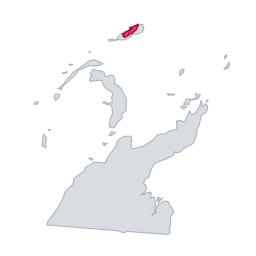 location of Central Bougainville District, North Solomons, Papua New Guinea, rotated 275°
{"feature_id": "67681753B39357341288048", "entity_name": "Central Bougainville District", "entity_type": "district", "adm_level": 2, "iso_a3": "PNG", "parent_name": "Papua New Guinea", "parent_adm1": "North Solomons", "projection": "equal_earth", "projection_center": [155.551, -6.136], "detail": "fine", "context": "in_parent", "style": "filled", "palette": "rose", "viewbox_px": 256, "rotation_deg": 275, "n_neighbors": 0, "source": "geoboundaries", "source_scale": "gbopen_adm2", "svg_char_len": 5984}
<svg xmlns="http://www.w3.org/2000/svg" viewBox="0 0 256 256"><g transform="rotate(275 128 128)"><path d="M25.4,177.2L24.9,136.0L23.3,132.9L24.8,125.5L24.3,55.7L27.2,56.0L41.5,64.6L51.2,69.0L59.6,71.1L67.3,78.1L73.1,78.4L81.6,88.2L85.0,88.9L91.0,97.1L91.4,103.7L90.8,107.9L100.0,111.9L108.7,117.6L113.5,118.2L116.1,120.1L119.4,125.0L120.1,131.4L118.2,132.6L110.0,132.5L107.7,134.6L111.1,144.8L118.5,154.1L124.1,158.3L125.8,166.7L128.7,169.3L130.5,176.0L133.4,176.7L139.0,175.6L140.0,178.4L139.1,182.6L140.0,184.3L150.3,187.8L146.9,190.0L148.5,193.8L155.3,197.1L159.4,198.4L162.0,198.0L159.0,199.9L156.4,199.3L155.9,199.9L157.0,201.5L159.2,203.2L156.9,205.4L154.7,205.7L150.5,204.3L146.9,200.1L135.6,198.3L131.7,196.5L128.6,197.1L119.4,194.9L116.4,192.0L114.4,187.5L109.0,182.2L107.7,179.6L108.2,176.1L106.7,176.6L103.5,174.1L95.1,157.8L90.9,155.5L80.4,152.7L78.9,149.5L74.0,148.3L72.9,150.4L68.9,151.9L65.5,150.3L62.1,146.3L66.2,155.3L64.8,155.3L65.5,156.7L64.7,156.9L60.3,156.4L61.7,160.1L54.5,162.2L49.2,161.5L46.7,162.4L45.6,162.3L44.2,159.5L42.2,160.0L43.9,160.1L46.0,163.3L50.4,162.8L54.8,165.2L58.5,170.6L58.4,174.3L48.6,181.1L42.8,178.2L34.4,178.9L31.4,177.8L27.6,179.1L25.4,177.2ZM175.0,85.8L177.1,87.6L179.1,85.7L183.2,88.1L182.4,97.1L181.1,99.5L177.7,100.5L177.3,101.8L179.5,107.1L178.6,109.0L175.7,110.9L170.8,110.7L169.6,114.4L166.9,117.6L156.4,124.0L145.1,124.5L141.3,120.5L137.4,121.3L132.1,116.6L127.7,114.7L126.8,112.9L126.9,110.6L128.1,109.2L135.9,109.4L140.9,111.3L147.5,110.2L149.3,108.8L150.0,103.0L151.0,100.6L152.2,101.7L150.8,106.2L152.4,110.2L157.0,109.0L160.0,109.9L162.3,108.7L165.6,102.5L168.2,99.7L173.0,98.2L172.9,93.6L171.2,87.3L171.9,85.5L175.0,85.8ZM232.4,131.9L231.9,133.9L231.5,133.3L229.1,135.2L226.4,134.6L223.9,132.5L222.1,128.9L222.0,124.8L219.3,123.0L215.8,117.8L215.1,114.4L215.4,108.7L220.5,112.0L225.6,121.8L230.6,126.2L232.4,131.9ZM193.2,88.3L189.9,97.3L187.8,93.6L187.0,91.0L186.8,84.2L181.4,73.9L175.8,70.5L164.5,59.8L160.1,58.1L161.2,57.6L161.2,55.0L166.7,60.6L170.2,61.9L174.8,66.2L177.9,67.7L191.6,83.7L193.2,88.3ZM103.2,43.8L113.9,44.2L114.1,45.4L112.7,45.5L110.9,47.7L104.5,47.1L101.7,48.2L101.5,46.6L102.5,46.2L102.4,44.6L103.2,43.8ZM157.4,181.4L159.4,183.0L161.0,182.8L162.3,184.5L162.5,187.4L161.8,188.1L161.4,187.2L156.2,186.6L157.2,185.0L156.2,181.7L157.4,181.4ZM155.8,56.7L152.0,56.6L149.2,53.1L152.8,51.5L155.7,53.1L155.8,56.7ZM165.1,194.0L167.5,192.2L168.1,192.8L167.2,197.2L163.5,195.3L160.9,188.2L165.1,194.0ZM184.9,175.2L188.9,174.4L190.9,176.3L191.5,177.0L191.1,178.9L187.7,178.1L184.9,175.2ZM194.5,218.2L202.2,223.0L199.3,223.8L196.9,222.5L196.6,221.3L195.6,221.7L196.1,220.9L194.5,218.2ZM122.5,115.8L119.1,112.1L119.2,109.6L122.9,111.8L122.5,115.8ZM154.9,184.2L153.9,184.3L151.7,181.7L153.0,178.8L154.6,179.9L154.9,184.2ZM214.3,108.5L212.8,102.5L214.1,100.7L215.4,104.5L214.3,108.5ZM110.7,108.5L108.3,106.1L110.0,104.0L111.1,105.1L110.7,108.5ZM146.4,35.9L145.1,36.3L143.4,34.4L143.8,32.2L145.8,33.6L146.4,35.9ZM95.0,93.7L93.6,95.8L92.6,94.2L94.2,91.8L95.0,93.7ZM165.5,164.2L165.6,171.4L164.5,169.9L165.0,167.0L164.0,166.1L165.5,164.2ZM59.4,166.0L61.7,169.0L56.1,164.3L59.4,166.0ZM61.4,165.4L58.3,164.1L57.7,163.2L61.3,163.7L61.4,165.4ZM209.3,218.9L209.1,219.9L207.1,220.0L205.8,218.6L207.1,218.9L206.9,217.9L209.3,218.9ZM186.4,63.8L186.5,67.1L185.0,64.8L186.4,63.8ZM178.9,62.0L178.3,62.9L176.9,60.6L177.1,60.1L178.9,62.0ZM162.7,204.1L162.5,205.5L161.1,204.8L161.3,203.9L162.7,204.1ZM177.6,59.4L176.6,59.8L176.7,57.5L177.6,59.4ZM119.6,48.9L119.7,50.6L118.2,50.2L119.6,48.9ZM200.6,82.5L200.4,84.0L199.6,83.5L200.6,82.5Z" fill="#d9dde1" stroke="#a8b0b8" stroke-width="1"/><path d="M232.0,128.7L231.9,128.5L231.9,128.4L231.7,128.3L231.6,128.2L231.4,128.1L231.3,127.9L231.2,127.9L231.1,127.7L231.1,127.4L231.0,127.2L230.9,127.1L230.8,126.9L230.7,126.7L230.6,126.4L230.5,126.2L230.5,125.9L230.5,125.7L230.4,125.7L230.2,125.7L229.9,125.5L229.6,125.3L229.5,125.2L229.4,124.9L229.3,124.7L229.2,124.5L229.1,124.3L229.1,124.2L228.9,124.1L228.8,123.9L228.7,123.8L228.4,123.7L228.3,123.4L228.3,123.2L228.2,123.2L227.9,123.1L228.0,122.9L227.9,122.8L227.9,122.7L228.0,122.6L227.9,122.6L227.9,122.4L228.0,122.4L228.0,122.2L227.9,122.1L227.8,122.3L227.7,122.1L227.7,122.3L227.6,122.5L227.8,122.7L227.8,122.8L227.8,123.0L227.7,123.1L227.4,122.9L227.3,123.0L227.2,123.1L226.9,123.0L226.8,122.9L226.7,122.8L226.7,122.7L226.8,122.7L226.7,122.6L226.7,122.4L226.8,122.4L226.7,122.3L226.7,122.2L226.5,121.9L226.5,122.0L226.5,122.3L226.4,122.3L226.2,122.3L225.9,122.2L225.6,121.9L225.5,121.7L225.4,121.7L225.4,121.4L225.3,121.2L225.1,120.8L225.0,120.7L225.0,120.4L224.9,120.3L224.9,120.2L224.8,119.9L224.8,119.7L224.7,119.3L224.7,119.2L224.7,118.9L224.8,118.9L224.6,118.8L224.4,118.7L224.2,118.5L224.2,118.4L224.2,118.2L223.9,118.0L223.7,118.1L223.4,117.9L223.4,117.7L223.3,117.4L223.2,117.3L223.0,117.1L223.0,116.9L222.9,117.0L223.0,117.1L222.9,117.0L222.8,116.9L222.7,116.8L222.6,116.7L222.4,116.6L222.3,116.4L222.2,116.3L222.2,116.5L221.9,116.5L221.9,116.4L221.8,116.2L221.7,116.0L221.7,115.9L221.8,115.8L221.8,115.7L221.7,115.6L221.6,115.4L221.5,115.2L221.6,114.9L221.5,114.7L221.6,114.4L221.5,114.2L221.5,113.9L221.5,114.0L221.4,114.0L221.2,114.2L220.9,114.4L219.9,115.0L219.2,115.3L218.0,116.4L220.6,120.8L222.4,120.8L222.1,123.3L223.2,124.6L224.5,125.1L224.7,125.7L227.3,128.0L229.9,128.5L230.7,129.3L232.0,128.7L231.9,128.7L232.0,128.7L232.0,128.7ZM228.4,122.5L228.3,122.4L228.2,122.4L228.2,122.5L228.2,122.9L228.2,123.0L228.3,123.0L228.5,123.0L228.5,122.9L228.5,122.7L228.4,122.6L228.4,122.5ZM228.2,121.6L228.2,121.4L228.1,121.5L228.2,121.6ZM228.5,122.5L228.5,122.4L228.4,122.3L228.4,122.5L228.5,122.5L228.5,122.5ZM228.7,121.9L228.7,122.0L228.7,121.9ZM230.8,124.6L230.7,124.5L230.8,124.6L230.8,124.6ZM228.0,122.1L227.9,122.0L228.0,122.1ZM228.2,122.2L228.3,122.2L228.2,122.1L228.2,122.2ZM226.5,120.7L226.4,120.6L226.5,120.8L226.5,120.7ZM227.1,121.7L227.1,121.8L227.1,121.7Z" fill="#f43f5e" stroke="#9f1239" stroke-width="1.5"/></g></svg>